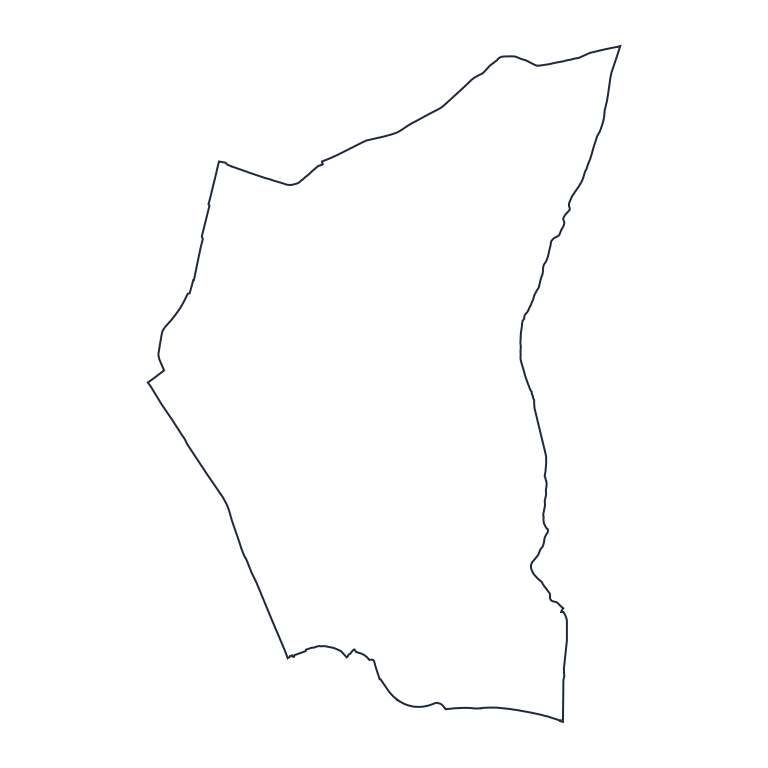 Oostzaan, Noord-Holland, Netherlands (Albers equal-area conic projection)
{"feature_id": "6326949B95848699566336", "entity_name": "Oostzaan", "entity_type": "district", "adm_level": 2, "iso_a3": "NLD", "parent_name": "Netherlands", "parent_adm1": "Noord-Holland", "projection": "albers", "projection_center": [4.881, 52.452], "detail": "fine", "context": "isolated", "style": "outline", "palette": "slate", "viewbox_px": 768, "rotation_deg": 0, "n_neighbors": 0, "source": "geoboundaries", "source_scale": "gbopen_adm2", "svg_char_len": 6078}
<svg xmlns="http://www.w3.org/2000/svg" viewBox="0 0 768 768"><path d="M562.9,721.9L563.0,717.1L563.4,680.7L563.5,679.5L564.2,676.7L564.3,676.1L564.0,672.1L563.9,668.6L566.9,640.5L566.9,620.4L566.1,617.4L565.4,615.6L564.6,614.0L563.4,612.0L561.2,612.0L561.5,611.0L562.4,609.3L563.3,608.3L561.7,607.0L559.7,605.1L558.4,603.7L557.2,602.6L555.8,602.0L552.2,601.1L551.2,600.5L550.3,599.0L550.1,598.2L550.0,597.5L550.0,596.5L550.1,594.9L550.0,594.2L549.5,593.2L548.3,591.5L544.8,586.9L543.0,584.4L541.9,582.3L541.2,581.5L538.4,579.2L537.1,577.9L534.5,575.0L533.8,574.1L533.1,573.0L531.9,570.6L531.0,568.1L531.0,566.6L531.0,565.5L531.2,564.6L531.6,563.4L532.2,562.3L538.0,555.2L538.6,554.1L540.2,549.7L540.6,549.1L541.8,547.7L542.8,546.4L543.3,544.9L543.9,542.5L544.7,537.5L546.5,534.0L547.5,532.6L547.8,531.7L548.0,530.4L548.0,529.7L547.9,529.4L546.9,528.6L546.3,527.9L545.8,527.2L544.5,524.4L544.1,523.8L543.8,522.9L543.7,522.2L543.5,519.4L543.6,517.1L543.6,516.2L543.2,515.5L543.2,515.1L543.5,513.0L544.1,510.2L544.9,506.0L545.0,504.8L544.8,501.5L544.8,500.3L545.8,496.3L546.0,495.2L546.1,493.9L545.9,490.9L545.9,490.1L546.4,486.7L546.6,484.4L546.6,483.0L546.3,481.2L545.9,480.2L545.3,477.7L544.9,476.7L544.7,476.0L545.0,473.7L545.3,472.8L545.5,471.4L546.2,463.1L546.1,456.8L545.8,454.9L544.5,449.4L534.5,408.1L534.1,402.2L534.2,400.3L534.1,399.8L533.2,398.3L533.0,397.8L532.9,396.4L532.6,395.5L531.9,394.0L531.8,393.2L531.7,392.0L531.5,391.6L530.4,390.1L526.9,380.9L524.9,375.2L524.2,372.1L521.1,361.7L520.7,360.0L520.5,357.9L520.6,354.1L520.5,351.5L520.8,346.7L520.4,342.9L520.9,332.7L521.9,326.6L522.0,324.4L522.2,322.9L522.5,321.4L522.7,320.7L523.5,319.6L524.0,319.0L524.2,318.7L524.3,318.2L524.3,316.9L524.5,316.0L524.9,315.0L525.4,314.3L527.6,311.6L528.9,309.1L529.1,308.3L531.0,304.8L531.9,302.2L532.9,300.2L533.3,298.9L534.1,296.0L534.7,294.6L536.2,291.7L536.5,291.0L537.5,289.6L537.9,288.8L538.8,287.5L540.5,280.0L541.2,277.7L542.4,274.6L542.7,273.2L543.0,270.7L543.2,267.0L543.7,265.3L543.9,264.7L545.7,262.0L546.8,259.8L548.0,256.2L548.4,254.6L549.2,250.8L550.4,246.0L551.2,241.5L551.5,240.9L552.3,239.9L552.8,239.3L553.5,238.5L558.3,235.9L558.7,235.6L559.4,234.7L559.7,234.1L560.6,231.6L561.3,229.9L563.4,226.4L564.3,223.5L564.3,222.6L564.3,222.3L563.7,220.6L563.3,219.3L563.3,218.4L563.4,217.9L564.0,216.8L565.0,215.1L569.6,209.9L569.8,208.7L569.5,207.3L569.0,206.1L569.0,205.6L569.0,204.2L569.0,203.7L569.2,203.0L570.2,200.4L572.1,196.2L572.9,195.0L574.0,193.6L574.9,192.0L578.7,186.6L581.5,181.9L582.5,179.7L583.1,178.2L584.9,172.1L585.6,170.5L586.5,169.0L586.7,168.5L587.6,165.4L588.4,163.3L589.7,160.2L590.3,158.7L591.6,154.4L593.5,147.6L597.1,136.3L598.2,134.2L599.4,132.4L600.9,128.7L602.1,125.0L603.1,121.7L604.1,117.2L604.6,110.9L605.9,105.3L607.1,100.3L608.8,89.2L609.9,81.2L610.5,77.0L611.6,72.2L617.3,55.2L620.2,46.1L617.7,46.8L612.3,47.8L604.2,49.5L590.3,52.8L588.3,53.6L578.8,57.9L575.7,58.4L573.3,58.9L570.5,59.7L566.5,60.4L563.3,61.3L556.1,62.6L550.0,64.0L547.1,64.5L539.6,65.6L537.8,65.7L536.1,65.4L534.6,64.8L528.9,61.9L527.3,61.0L525.6,60.3L520.8,58.8L517.4,57.4L515.8,56.7L514.9,56.5L511.5,56.3L504.0,56.5L501.7,56.7L500.0,57.5L498.9,58.1L498.1,58.7L497.6,59.6L496.3,60.8L490.0,65.5L485.0,71.0L482.8,73.2L478.8,75.2L474.1,77.8L471.0,80.3L470.6,80.7L470.4,81.0L465.5,85.7L454.3,96.0L444.4,105.0L441.5,107.4L437.7,109.6L428.7,114.2L417.0,120.6L413.1,122.6L408.6,125.2L403.4,128.7L399.0,131.5L397.3,132.4L394.9,133.3L390.6,134.7L384.0,136.5L366.4,140.5L362.5,142.3L336.9,155.2L328.4,159.0L322.0,161.5L322.8,164.3L321.8,164.8L321.6,164.7L321.4,164.7L319.9,165.6L319.4,165.7L318.4,165.8L318.1,165.9L317.3,166.8L312.5,170.8L308.3,174.8L305.3,177.1L303.4,178.9L301.1,180.7L298.6,182.8L297.9,183.2L293.9,184.4L292.6,184.7L290.5,185.0L286.9,184.7L280.8,182.7L274.5,180.9L268.7,178.9L266.7,178.5L264.1,177.7L261.0,176.6L254.3,174.4L254.2,174.3L250.7,173.2L248.2,172.3L247.1,171.8L236.6,168.2L235.2,167.6L231.5,166.5L231.5,166.3L228.8,165.3L227.4,164.6L226.4,163.8L225.6,162.7L219.0,161.5L217.5,167.4L216.3,172.9L213.7,183.4L210.6,196.3L208.5,204.4L209.5,205.5L201.8,236.5L202.8,238.9L200.5,248.3L199.4,253.6L198.0,260.2L194.0,279.8L193.9,280.1L193.2,280.1L192.3,283.8L191.4,287.0L189.6,293.3L187.7,293.8L184.1,301.2L180.2,308.2L174.7,315.8L171.5,319.8L165.1,327.0L164.5,327.9L162.5,331.0L161.6,334.8L159.8,345.3L158.5,353.3L158.5,355.7L159.4,359.5L163.8,369.8L164.0,370.5L153.9,378.2L147.8,382.5L151.2,387.2L161.7,404.5L172.2,419.9L182.0,435.1L184.7,439.0L187.3,444.3L205.8,472.4L222.6,496.9L226.8,504.5L229.0,510.3L231.9,520.6L239.2,541.7L241.6,549.2L244.2,555.8L246.2,559.1L251.8,573.1L256.5,582.7L272.0,620.2L285.3,651.6L287.7,658.2L288.5,657.6L289.5,657.2L289.7,656.9L289.8,656.2L292.0,655.5L292.0,655.8L292.1,656.2L292.5,656.5L293.5,656.5L293.8,656.9L294.0,656.8L293.9,656.4L294.2,656.3L294.5,655.0L295.8,654.7L305.7,651.1L305.9,649.7L310.9,648.0L311.9,647.6L313.7,647.7L314.6,647.4L316.0,646.8L319.0,646.0L320.6,646.3L324.3,646.1L325.6,646.3L333.6,647.9L336.8,649.2L339.6,650.5L341.3,651.4L346.7,657.4L347.7,656.5L347.9,656.1L348.2,655.2L348.5,654.7L348.8,654.4L349.7,654.1L350.2,653.8L350.4,653.5L351.0,652.6L353.0,650.3L353.6,649.8L354.5,649.5L356.1,652.0L359.6,653.0L361.8,653.8L364.6,655.3L365.5,656.0L367.2,657.4L368.6,659.1L368.9,659.1L369.3,659.9L371.6,659.7L373.1,659.9L373.8,660.6L374.3,661.8L375.3,665.8L379.6,679.2L380.4,679.1L388.0,690.2L389.7,692.5L391.5,694.5L393.4,696.5L395.4,698.3L398.2,700.3L397.9,700.4L402.2,702.8L404.5,704.0L406.0,704.6L408.8,705.5L413.4,706.6L416.9,706.9L419.8,706.9L423.4,706.6L427.4,705.8L429.9,705.1L435.6,703.0L436.5,702.9L437.3,702.9L440.2,703.7L441.0,704.1L441.8,704.6L443.6,706.5L445.4,709.0L445.6,709.2L447.8,709.0L454.2,708.3L462.8,707.9L467.4,707.9L472.6,708.2L474.0,708.4L475.9,708.5L479.8,708.4L479.7,708.3L484.1,707.8L489.8,707.6L494.0,707.6L497.4,707.7L504.3,708.4L509.9,709.0L513.5,709.6L516.1,709.9L530.5,712.5L538.8,714.3L541.7,714.9L544.2,715.7L546.4,716.2L548.9,716.8L551.0,717.6L552.7,718.1L560.0,720.5L560.4,720.4L560.2,721.2L562.9,721.9Z" fill="none" stroke="#1e293b" stroke-width="2"/></svg>